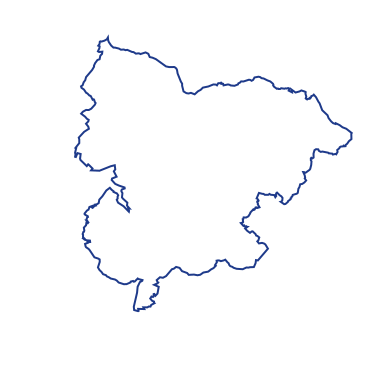 Unguras, Cluj, Romania (Mercator projection), rotated 107°
{"feature_id": "2599482B84898659298862", "entity_name": "Unguras", "entity_type": "district", "adm_level": 2, "iso_a3": "ROU", "parent_name": "Romania", "parent_adm1": "Cluj", "projection": "mercator", "projection_center": [24.051, 47.095], "detail": "fine", "context": "isolated", "style": "outline", "palette": "blue", "viewbox_px": 384, "rotation_deg": 107, "n_neighbors": 0, "source": "geoboundaries", "source_scale": "gbopen_adm2", "svg_char_len": 5950}
<svg xmlns="http://www.w3.org/2000/svg" viewBox="0 0 384 384"><g transform="rotate(107 192 192)"><path d="M75.2,324.1L77.5,323.7L79.5,324.4L79.7,322.9L81.6,322.6L85.0,323.1L85.3,321.8L84.0,318.8L86.2,318.4L88.4,319.5L92.1,319.2L93.4,321.0L97.0,322.3L99.9,322.7L100.8,322.3L104.5,323.2L113.1,326.9L116.3,326.8L118.8,327.7L121.9,327.8L123.4,329.0L124.7,328.1L125.6,325.3L128.1,322.2L128.3,320.9L129.8,318.2L129.7,317.3L129.9,316.8L132.8,314.0L132.1,313.1L132.5,312.5L134.3,311.3L135.1,310.2L136.9,310.4L141.8,312.7L143.8,314.7L144.5,317.3L147.1,319.8L149.5,320.9L151.2,316.3L152.7,313.9L153.2,311.9L154.8,311.8L157.7,313.3L159.8,310.3L161.7,309.1L165.9,312.7L173.1,316.2L174.6,315.2L178.2,314.1L183.8,316.3L183.8,315.6L188.6,315.3L190.2,314.4L192.5,314.1L192.5,313.3L188.3,312.9L188.2,309.6L192.8,308.8L194.0,308.0L198.0,300.2L195.9,299.4L196.3,298.4L198.6,294.0L200.8,294.8L198.7,286.7L191.1,277.2L189.0,273.7L192.8,272.0L195.1,272.8L199.4,268.6L202.5,272.4L204.0,272.3L206.7,267.8L207.2,263.9L207.4,257.8L208.3,257.4L210.0,259.7L211.1,260.0L212.0,259.7L213.4,258.2L217.6,257.4L218.5,256.2L221.1,250.7L224.0,250.2L226.0,247.0L226.2,248.2L228.4,246.7L229.3,246.6L225.6,253.3L223.8,259.6L221.4,261.7L220.0,261.2L218.3,261.8L216.7,261.6L215.3,263.4L214.9,267.0L214.3,267.1L213.4,269.5L212.0,271.8L215.6,274.4L222.4,276.5L226.4,278.4L229.9,278.0L231.6,279.4L232.3,280.8L233.1,280.0L233.9,281.2L236.2,282.4L236.0,283.3L234.3,283.0L236.3,285.7L239.1,285.8L240.4,287.0L243.9,288.4L244.4,288.4L245.0,287.5L245.6,284.6L246.3,284.2L246.8,284.8L249.2,284.9L249.8,284.2L250.0,284.7L251.4,282.2L252.4,282.6L252.3,284.0L254.8,283.6L257.7,285.0L260.4,283.7L261.6,283.7L261.9,284.2L264.2,284.3L264.7,283.7L267.1,283.0L267.8,281.6L268.3,282.3L269.0,280.6L268.9,278.1L268.3,275.4L269.6,274.8L270.5,277.1L271.0,276.7L272.9,279.1L275.2,277.8L275.8,277.1L276.7,274.2L277.6,272.8L283.0,266.2L283.1,262.1L283.5,260.6L285.8,259.8L291.6,259.9L293.7,257.6L294.9,255.2L296.6,253.0L296.7,250.0L297.6,248.7L297.8,246.8L298.5,244.4L298.2,240.0L298.7,238.0L300.0,235.7L300.1,230.2L299.2,227.6L296.5,224.4L295.6,224.4L294.3,222.3L294.8,221.4L294.3,220.6L290.6,218.6L290.9,218.0L290.7,213.6L291.5,213.6L293.4,215.5L298.5,216.3L304.3,215.1L318.8,214.1L321.8,212.8L321.7,208.7L321.3,208.3L319.5,209.3L317.9,203.4L316.5,204.8L315.4,201.0L314.1,199.8L313.7,198.2L311.9,198.0L309.3,195.4L309.0,196.1L307.9,196.3L307.7,198.3L306.1,200.8L303.8,200.2L303.8,198.6L303.2,198.2L300.8,198.8L300.5,198.2L301.9,196.6L299.2,195.3L292.4,196.1L291.8,201.0L289.4,198.2L288.5,197.9L288.5,198.3L286.6,200.0L282.9,197.7L282.5,194.7L280.0,192.2L271.7,188.6L270.7,187.0L268.3,185.3L268.2,181.7L270.6,178.4L270.9,172.9L272.2,170.9L270.4,166.0L270.0,162.4L268.7,159.9L265.7,157.6L263.4,153.2L260.5,151.2L258.5,149.2L255.6,147.7L255.2,148.6L251.9,147.7L250.5,148.4L249.8,147.1L249.5,145.6L249.7,144.2L248.1,141.6L247.0,140.4L248.9,137.5L249.4,136.2L251.0,134.9L251.7,133.7L251.8,131.4L252.3,130.2L252.4,126.9L251.0,120.9L248.3,117.9L247.8,115.9L247.0,114.6L245.7,110.9L241.5,110.4L238.4,110.9L238.2,109.0L224.0,102.8L220.7,106.5L220.2,108.0L220.2,110.2L221.6,112.9L220.1,115.1L218.9,114.4L215.8,114.4L214.9,116.7L214.9,117.9L213.7,118.9L211.9,122.5L212.3,123.4L214.1,124.6L213.0,127.8L211.4,130.5L209.1,128.8L209.2,129.7L208.9,130.1L209.6,131.2L208.7,132.3L209.4,132.9L207.4,136.2L206.3,134.5L205.8,134.3L203.2,135.5L203.0,135.1L201.2,135.2L200.6,132.8L198.8,131.0L195.5,130.1L194.6,130.2L190.7,128.3L191.1,127.7L190.5,127.0L188.2,126.7L187.8,125.7L188.3,125.3L188.2,124.9L186.9,123.0L184.5,125.5L183.7,125.6L182.4,126.8L181.6,126.7L181.3,125.9L180.6,125.9L179.2,127.7L179.2,128.3L173.3,127.7L173.2,124.3L172.9,123.0L173.4,121.6L172.3,118.1L171.2,117.4L171.6,115.9L170.9,112.4L172.6,110.8L171.2,110.3L170.7,110.9L168.6,111.1L167.7,110.5L169.5,107.1L170.0,105.3L171.2,103.7L173.7,103.2L174.9,103.6L175.4,104.3L176.7,100.3L176.1,99.1L173.4,97.4L172.7,97.5L170.1,95.6L169.3,95.9L168.5,95.3L167.6,95.4L166.9,94.8L165.3,94.8L163.0,91.3L161.9,90.6L157.7,91.2L156.0,90.7L153.0,90.8L152.0,88.9L150.0,87.3L147.6,86.2L146.0,88.2L145.2,88.0L143.1,89.1L140.4,91.5L140.2,90.7L140.6,89.4L140.1,88.8L136.5,86.1L135.3,85.7L131.3,85.9L127.7,86.7L127.0,87.6L125.1,88.2L124.4,87.9L124.7,86.7L123.5,85.8L119.8,87.0L116.2,87.1L114.8,85.9L114.3,83.7L115.5,82.7L116.0,80.6L115.2,79.1L114.6,73.4L114.7,72.7L115.0,72.5L114.3,69.0L115.0,68.2L113.6,65.9L113.8,65.1L111.1,64.5L109.4,65.4L107.1,63.9L106.0,63.8L105.0,62.9L104.2,60.8L103.4,60.6L103.7,59.5L103.3,58.6L102.2,58.9L100.4,57.7L97.5,56.8L94.8,55.0L89.7,56.7L88.9,56.5L86.4,63.0L86.1,67.0L84.9,70.3L84.2,74.6L85.0,74.6L84.9,77.2L83.8,79.6L81.4,83.0L79.0,84.8L75.7,91.4L69.9,95.9L68.7,97.5L65.1,101.1L63.3,104.0L64.5,104.6L65.4,105.9L66.8,105.9L67.3,106.7L67.7,106.3L68.4,106.6L69.1,108.5L69.8,108.9L69.8,109.3L69.3,110.6L67.3,110.6L64.9,112.2L63.2,112.5L63.0,113.4L62.9,117.1L64.4,118.6L66.6,122.1L64.9,126.9L67.4,125.6L66.8,129.2L64.6,129.0L64.5,130.5L65.3,131.5L65.6,133.0L66.2,133.8L66.7,137.1L67.7,137.8L68.2,139.4L67.9,140.1L68.5,141.0L67.3,144.4L66.4,145.5L65.8,145.4L64.8,146.2L63.4,149.4L63.2,152.6L62.5,156.7L62.8,158.8L62.2,160.3L62.3,162.1L64.2,165.7L66.9,166.3L68.2,167.5L67.8,169.1L68.0,170.4L71.2,175.0L71.9,177.4L73.5,178.2L74.5,179.4L75.7,179.5L78.0,182.4L78.8,186.2L78.5,187.3L78.6,189.0L80.8,193.0L79.5,193.8L80.0,195.5L79.0,195.7L78.9,196.1L79.5,196.4L80.3,198.7L82.7,199.3L82.3,200.6L82.9,203.0L86.3,207.2L89.0,212.1L91.8,213.6L93.9,215.7L97.8,218.0L97.5,222.0L98.8,224.1L99.1,226.3L98.3,229.5L93.3,232.5L91.3,233.1L89.7,234.9L82.9,240.4L79.7,242.0L78.5,243.1L77.8,244.7L77.7,245.6L79.2,250.3L79.5,253.6L75.5,265.4L75.1,269.1L75.3,271.9L72.6,274.2L72.1,277.2L75.2,281.7L74.9,282.6L75.1,283.9L76.1,286.1L75.3,288.8L75.6,290.3L75.0,295.5L75.8,297.0L75.7,298.9L76.7,301.6L76.2,303.8L76.4,307.7L76.9,309.3L75.6,312.1L73.0,315.3L71.5,316.5L68.8,317.6L70.9,318.1L72.9,320.0L74.6,322.5L74.7,323.6L75.2,324.1Z" fill="none" stroke="#1e3a8a" stroke-width="2"/></g></svg>